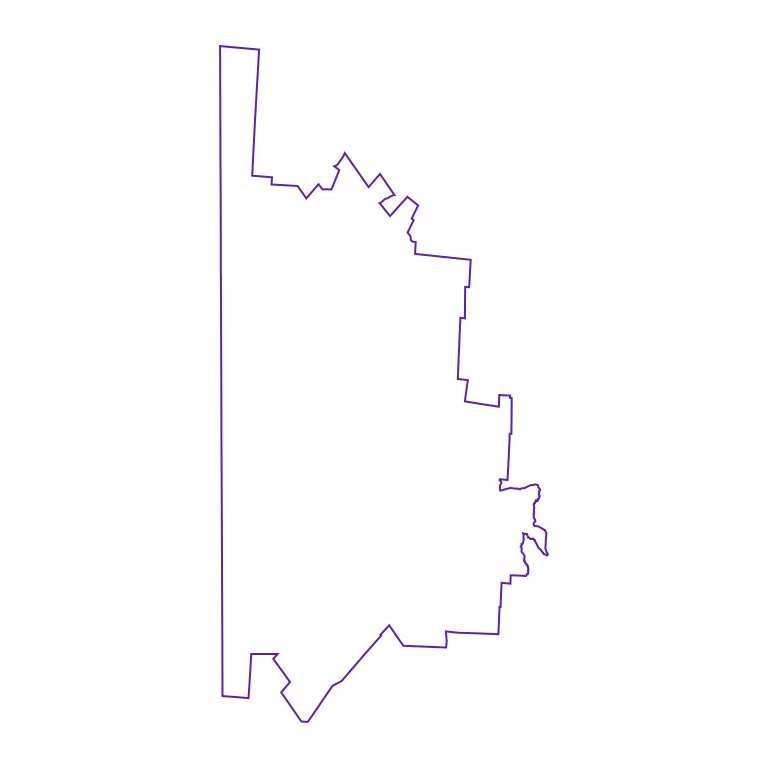 Mount Isa, Queensland, Australia
{"feature_id": "25037944B13114344079677", "entity_name": "Mount Isa", "entity_type": "district", "adm_level": 2, "iso_a3": "AUS", "parent_name": "Australia", "parent_adm1": "Queensland", "projection": "equal_earth", "projection_center": [139.561, -19.747], "detail": "fine", "context": "isolated", "style": "outline", "palette": "violet", "viewbox_px": 768, "rotation_deg": 0, "n_neighbors": 0, "source": "geoboundaries", "source_scale": "gbopen_adm2", "svg_char_len": 5810}
<svg xmlns="http://www.w3.org/2000/svg" viewBox="0 0 768 768"><path d="M471.1,633.1L472.6,633.2L475.8,633.3L498.4,634.2L499.5,607.0L500.5,607.1L501.1,593.8L501.3,588.9L501.6,582.8L510.4,583.7L510.7,575.3L520.5,575.6L525.8,576.0L526.3,575.2L526.6,575.1L526.8,574.8L527.0,574.1L527.4,574.1L527.8,574.1L528.1,573.5L528.2,572.7L528.1,572.2L528.2,571.8L528.1,571.5L528.0,571.2L528.0,570.9L528.2,570.6L528.2,570.2L528.3,569.9L528.3,569.7L528.5,569.4L528.3,568.8L528.1,568.4L528.1,567.9L527.9,567.5L527.9,567.1L528.1,566.8L528.1,566.5L527.9,566.2L527.5,565.8L527.5,565.4L527.3,564.9L527.1,564.8L526.7,565.2L526.4,564.9L526.3,564.7L526.4,564.2L526.2,563.8L526.2,563.5L525.9,563.3L525.5,563.1L525.3,562.7L524.8,562.0L524.9,561.2L524.6,560.7L524.3,560.6L524.0,560.6L524.1,559.7L524.1,559.2L524.3,559.0L524.2,558.3L524.5,557.8L524.7,556.7L524.4,556.0L524.2,555.5L524.1,555.1L523.6,554.2L523.4,553.7L523.0,553.4L522.8,553.3L522.4,552.8L522.1,552.5L521.8,552.3L521.7,552.0L521.6,551.3L521.6,550.5L521.6,550.4L521.6,549.5L521.7,548.7L521.6,548.1L521.4,547.9L521.5,547.6L521.4,547.1L520.8,546.7L521.1,546.4L521.2,546.2L521.4,546.0L521.7,545.5L521.6,545.3L521.4,545.2L521.4,544.7L521.5,544.4L521.5,544.1L521.9,544.1L522.1,544.0L522.6,543.7L522.8,543.5L522.8,543.4L522.8,542.8L522.8,542.6L523.0,542.2L523.4,541.2L523.5,540.7L523.6,540.1L523.6,539.5L523.8,539.2L523.8,538.9L523.6,538.4L523.6,537.5L523.5,537.3L523.5,536.6L523.5,535.9L523.7,535.4L523.5,535.1L523.5,534.7L523.3,534.3L523.3,533.8L523.2,533.3L524.7,533.8L527.0,534.0L527.3,535.0L527.4,535.4L527.5,535.7L527.6,536.1L527.7,536.3L527.8,536.4L528.1,537.5L528.7,537.4L529.7,538.0L530.1,538.8L530.8,539.0L532.0,539.0L532.6,538.5L533.4,538.8L533.7,539.1L533.9,539.7L534.3,539.7L534.6,539.8L534.8,540.1L534.7,541.0L534.8,541.3L535.1,541.5L535.5,541.9L536.9,544.5L537.5,546.0L537.9,546.8L538.0,547.1L538.3,547.6L539.5,548.7L540.9,549.9L541.0,550.1L541.2,550.7L541.6,551.2L542.0,551.7L542.4,552.2L542.5,552.3L542.8,552.5L543.0,552.6L543.0,552.8L543.1,553.5L544.3,554.2L544.5,554.2L546.9,555.2L547.1,555.4L547.9,554.6L547.6,553.6L546.9,552.6L546.6,552.1L545.7,549.0L545.3,548.6L545.7,544.2L545.8,539.9L546.1,536.6L546.1,536.4L546.2,534.9L546.2,534.6L546.4,533.3L544.8,530.0L544.6,530.0L544.4,530.0L544.2,529.7L543.1,529.2L542.2,528.6L541.9,528.4L538.6,526.5L537.1,526.2L534.5,525.9L533.9,524.9L533.7,524.8L533.6,524.6L533.7,524.3L533.6,523.5L534.3,522.3L534.9,521.6L535.2,521.7L535.3,521.6L535.4,520.8L535.1,520.3L535.1,519.7L533.6,517.3L533.7,516.7L533.9,516.5L533.9,516.3L533.9,516.1L534.0,515.1L533.7,514.7L533.6,514.3L533.5,514.1L533.5,513.8L533.6,513.7L533.7,513.8L533.7,513.4L534.1,513.1L534.0,512.8L534.1,512.6L534.2,512.3L534.1,511.9L534.0,511.6L533.9,511.3L533.9,510.9L533.9,510.5L534.0,510.4L533.9,510.2L533.9,509.9L533.9,509.7L533.9,509.4L534.1,509.0L534.2,507.8L534.3,507.6L534.2,507.2L534.2,506.7L533.9,505.8L533.7,505.6L533.8,505.0L533.7,504.5L533.9,503.8L534.3,503.9L534.4,503.6L534.6,503.5L534.6,503.1L534.6,502.8L534.7,502.5L534.9,502.5L535.0,502.8L535.2,502.7L535.4,502.5L535.5,502.0L535.7,501.8L535.6,501.4L535.6,500.9L535.8,500.8L535.9,500.6L536.0,500.4L536.2,500.6L536.7,500.8L536.9,500.9L537.3,500.7L537.6,500.9L537.8,500.7L537.7,499.4L537.7,499.1L537.8,499.0L538.3,498.9L538.7,498.8L538.8,498.4L539.0,497.6L539.3,497.1L539.8,496.5L539.8,496.3L539.2,495.2L539.0,494.8L539.1,494.4L538.9,493.8L538.9,493.7L539.0,493.2L539.0,492.7L539.3,492.2L539.2,491.7L539.0,491.3L539.1,491.0L539.5,490.7L540.0,490.3L540.1,489.7L539.5,488.7L539.1,488.3L539.0,487.9L538.7,487.7L538.4,487.5L538.4,487.1L538.2,486.8L538.2,486.0L538.0,485.3L537.3,484.9L536.0,484.6L534.6,484.5L532.8,485.2L530.9,485.0L524.4,488.1L521.2,488.5L520.0,489.5L518.5,488.7L516.3,488.7L512.0,488.2L511.8,488.1L510.6,487.9L500.3,490.6L500.1,489.9L500.0,489.6L499.9,489.1L500.0,486.7L499.9,486.1L499.9,485.7L500.3,484.7L501.3,483.2L501.3,482.3L501.2,481.7L500.9,481.5L500.4,480.8L500.1,480.8L499.6,480.2L499.8,479.3L500.6,479.3L507.5,480.0L508.3,465.3L508.4,463.1L508.8,455.8L509.2,446.1L509.3,445.6L509.7,433.7L511.4,433.8L511.6,414.8L511.7,398.1L510.0,397.9L510.2,395.6L504.8,395.3L504.7,395.3L499.3,395.0L498.9,406.7L488.9,405.2L487.4,405.0L477.3,403.4L464.9,401.4L465.2,399.0L467.8,380.1L457.8,379.0L458.4,364.5L459.1,347.9L459.6,335.3L460.4,317.8L464.9,318.4L465.0,303.3L465.2,286.8L469.2,287.2L470.7,259.8L437.7,256.3L415.1,253.9L415.7,242.4L415.7,242.0L412.4,241.6L410.7,239.9L410.8,237.4L409.0,234.2L407.6,232.6L413.7,220.1L411.7,218.6L416.6,208.6L418.1,205.4L414.9,202.8L414.8,202.7L407.4,196.8L390.0,216.1L384.1,208.7L380.1,203.7L379.8,203.3L379.7,203.2L380.1,203.1L380.5,203.0L380.9,202.7L381.4,202.2L381.9,201.7L382.9,201.0L383.5,200.4L383.9,199.9L384.5,199.4L385.4,198.8L386.5,198.5L387.4,198.4L387.8,198.1L389.1,197.3L389.9,196.8L391.3,196.1L392.7,195.5L393.1,195.2L394.0,195.1L394.5,195.1L380.0,174.0L368.6,187.1L344.8,153.1L343.4,156.2L338.5,163.3L336.8,165.1L334.3,166.3L339.3,170.1L331.5,189.4L322.4,189.3L318.5,184.3L318.5,184.2L318.4,184.2L318.0,184.9L315.0,188.3L310.9,193.1L309.4,194.8L306.3,198.3L297.6,186.0L271.5,184.5L272.0,177.3L252.2,175.7L254.7,126.4L255.3,115.5L256.5,94.4L256.8,88.5L257.3,80.9L259.1,49.6L220.1,46.1L220.4,140.7L220.4,148.4L220.4,154.3L220.6,181.3L220.8,236.8L220.8,244.1L220.8,272.4L220.9,275.5L221.4,416.6L221.4,429.1L221.8,510.1L222.3,635.4L222.5,696.0L223.2,696.1L236.3,697.1L248.5,698.1L249.5,683.6L251.3,654.0L268.5,654.0L277.6,654.0L273.3,658.9L283.5,672.9L283.6,673.0L290.0,682.1L281.2,692.3L301.4,721.5L307.7,721.9L312.1,715.8L327.8,692.7L332.4,685.9L341.8,680.9L353.2,667.6L364.9,654.0L379.5,637.4L381.1,635.7L380.5,634.8L389.2,625.3L403.3,645.8L446.1,647.5L446.7,640.9L445.9,631.4L453.1,632.2L455.6,632.5L456.6,632.5L458.6,632.8L468.1,633.0L468.9,633.0L469.3,633.0L469.7,633.1L471.1,633.1Z" fill="none" stroke="#5b21b6" stroke-width="2"/></svg>